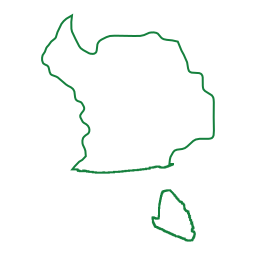 outline of Villa Hermosa, La Romana, Dominican Republic
{"feature_id": "3306468B24610118168871", "entity_name": "Villa Hermosa", "entity_type": "district", "adm_level": 2, "iso_a3": "DOM", "parent_name": "Dominican Republic", "parent_adm1": "La Romana", "projection": "orthographic", "projection_center": [-69.03, 18.426], "detail": "fine", "context": "isolated", "style": "outline", "palette": "green", "viewbox_px": 256, "rotation_deg": 0, "n_neighbors": 0, "source": "geoboundaries", "source_scale": "gbopen_adm2", "svg_char_len": 5877}
<svg xmlns="http://www.w3.org/2000/svg" viewBox="0 0 256 256"><path d="M72.0,15.4L66.4,18.7L63.6,21.2L61.4,24.0L57.5,32.1L55.8,37.5L54.9,38.6L51.2,41.6L48.5,45.3L47.1,46.8L46.3,48.0L44.9,51.8L42.6,55.3L42.1,57.7L42.1,60.3L42.9,62.7L43.3,63.4L44.6,64.3L47.3,65.6L48.3,66.7L48.8,68.1L49.7,72.1L50.7,74.2L51.9,75.0L56.2,76.6L57.7,77.4L65.9,84.4L68.0,85.8L70.9,87.3L72.8,88.8L73.7,90.1L74.4,91.6L75.1,97.4L75.8,99.5L77.4,100.9L80.0,101.8L81.2,102.4L82.1,103.5L83.8,106.6L84.2,108.0L84.1,109.4L83.4,110.8L81.5,113.2L80.3,115.2L80.2,116.0L80.4,117.4L82.7,121.8L83.8,122.8L86.3,124.3L88.0,125.9L89.1,128.0L89.4,129.7L89.3,131.3L88.8,132.7L87.9,133.8L85.5,135.4L83.9,136.9L83.0,138.2L82.4,140.7L82.5,143.3L82.9,144.9L84.6,148.5L85.4,150.9L85.8,156.2L82.3,159.9L79.2,161.7L74.6,166.5L72.3,169.4L77.4,169.4L77.4,169.8L77.8,169.8L77.8,170.5L78.1,170.5L78.1,170.9L78.5,170.9L78.5,170.5L79.1,170.5L79.1,170.9L79.8,170.9L79.8,171.2L83.9,171.2L83.6,170.5L84.6,170.5L84.6,170.9L86.0,170.9L86.0,171.2L87.0,171.2L87.0,171.6L88.3,171.6L88.3,171.2L88.7,171.2L89.0,171.9L92.8,171.9L92.8,172.3L95.9,172.3L95.9,172.7L103.4,172.7L103.4,172.3L104.1,172.3L104.1,172.7L108.8,172.7L108.8,172.3L114.0,172.3L114.0,171.9L119.1,171.9L119.1,171.6L122.5,171.6L122.5,171.2L125.5,171.2L125.5,170.9L129.0,170.9L129.0,170.5L133.4,170.5L133.4,170.1L137.8,170.1L137.8,169.8L140.6,169.8L140.6,169.4L143.3,169.4L143.3,169.1L146.0,169.1L146.0,168.7L149.4,168.7L149.4,168.3L149.8,168.3L149.8,167.6L152.9,167.6L152.9,167.3L154.6,167.3L154.6,166.9L156.3,166.9L156.3,166.5L159.0,166.5L159.0,166.9L160.0,166.9L160.0,167.3L161.4,167.3L161.4,167.6L164.5,167.6L164.5,167.3L165.5,167.3L165.5,166.9L166.8,166.9L166.8,166.5L167.9,166.5L167.9,166.2L168.6,166.2L168.6,165.8L169.6,165.8L169.6,165.5L170.3,165.5L170.3,165.1L171.3,165.1L171.3,164.8L172.0,164.8L172.0,164.4L173.0,164.4L173.0,164.0L169.4,164.0L169.9,159.5L170.5,157.0L173.1,152.3L174.6,150.6L176.9,149.7L182.2,149.0L184.9,148.1L187.3,146.4L193.2,141.0L195.8,139.5L199.6,138.8L208.4,138.8L210.1,138.6L211.8,138.1L213.0,136.8L213.6,135.2L213.9,130.6L213.7,117.3L213.8,102.1L213.6,99.2L213.2,97.4L211.9,95.4L205.1,91.1L203.5,89.4L203.0,87.7L202.8,85.9L202.7,77.3L202.3,75.6L201.4,74.2L200.7,73.7L199.2,73.1L191.6,72.6L190.1,72.0L188.9,70.9L188.1,68.5L187.1,62.3L183.8,54.8L181.5,50.6L177.8,41.6L172.3,40.4L166.6,39.8L163.8,39.2L162.3,38.5L161.1,37.5L157.9,33.7L156.4,32.9L153.8,32.4L151.0,32.5L149.2,32.8L144.0,35.1L140.3,35.9L134.4,36.0L114.7,35.7L109.9,36.0L106.5,37.1L101.5,39.6L99.5,41.0L98.1,42.8L97.4,44.4L96.7,50.5L96.2,52.1L95.7,52.7L94.4,53.6L92.9,53.9L90.4,53.7L88.9,53.2L83.3,50.1L80.7,48.2L79.2,46.2L75.5,39.0L72.0,31.6L71.4,28.8L71.3,22.0L72.0,15.4ZM170.3,190.3L167.2,190.3L167.2,190.6L165.5,190.6L165.5,191.0L164.1,191.0L164.1,191.4L162.8,191.4L162.8,192.1L162.4,192.1L162.4,192.8L162.1,192.8L162.1,193.5L161.7,193.5L161.7,194.6L161.4,194.6L161.4,196.0L161.0,196.0L161.0,197.5L160.7,197.5L160.7,198.9L160.4,198.9L160.4,200.7L160.0,200.7L160.0,202.5L159.7,202.5L159.7,204.3L159.3,204.3L159.3,207.9L159.0,207.9L159.0,216.2L158.7,216.2L158.7,218.3L157.6,218.3L157.6,218.7L155.9,218.7L155.9,218.3L155.2,218.3L155.2,218.0L154.2,218.0L154.2,217.6L153.5,217.6L153.5,217.3L152.9,217.3L152.9,217.6L152.5,217.6L152.5,218.7L152.9,218.7L152.9,221.9L153.2,221.9L153.2,222.7L153.5,222.7L153.5,223.4L153.9,223.4L153.9,224.1L154.2,224.1L154.2,224.8L154.6,224.8L154.6,225.5L154.9,225.5L154.9,226.3L155.2,226.3L155.2,226.6L155.9,226.6L155.9,227.0L157.0,227.0L157.0,227.3L157.6,227.3L157.6,227.7L158.3,227.7L158.3,228.1L159.0,228.1L159.0,228.4L160.0,228.4L160.0,228.8L160.7,228.8L160.7,229.1L162.1,229.1L162.1,229.5L162.8,229.5L163.1,230.2L163.8,230.2L163.8,230.6L164.1,230.6L164.1,230.9L164.8,230.9L164.8,231.3L165.8,231.3L165.8,231.7L166.9,231.7L166.9,232.0L167.5,232.0L167.5,232.4L168.6,232.4L168.6,232.7L169.2,232.7L169.2,233.1L169.9,233.1L169.9,233.4L170.6,233.4L170.6,233.8L171.6,233.8L171.6,234.2L172.3,234.2L172.3,234.5L173.0,234.5L173.0,234.9L173.7,234.9L173.7,235.2L174.7,235.2L174.7,235.6L175.4,235.6L175.7,236.3L178.1,236.3L178.1,236.7L179.1,236.7L179.1,237.0L179.8,237.0L179.8,237.4L180.9,237.4L180.9,237.8L181.5,237.8L181.5,238.1L182.6,238.1L182.6,238.5L183.2,238.5L183.2,238.8L184.3,238.8L184.3,238.5L184.6,238.5L184.6,239.2L185.0,239.2L185.3,239.9L186.3,239.9L186.3,240.3L187.7,240.3L187.7,240.6L190.1,240.6L190.1,240.3L192.1,240.3L192.1,239.9L192.5,239.9L192.5,239.2L193.1,238.8L193.1,238.1L193.5,238.1L193.5,237.4L193.8,237.4L193.8,236.7L194.2,236.7L194.2,235.6L194.5,235.6L194.5,234.2L194.8,234.2L194.8,233.1L194.2,232.7L194.2,232.0L193.8,232.0L193.8,231.6L193.1,231.6L193.1,231.3L192.1,231.3L192.1,230.9L191.8,230.9L191.8,229.8L192.1,229.8L192.1,229.1L192.5,229.1L192.5,228.4L193.1,228.4L193.1,228.1L193.5,228.1L193.5,227.7L193.1,227.7L193.1,227.0L192.8,227.0L192.8,226.2L192.5,226.2L192.5,224.5L192.1,224.5L192.1,223.7L191.8,223.7L191.8,223.4L191.4,223.4L191.8,222.7L191.4,222.7L191.4,221.6L191.1,221.6L191.1,220.1L190.4,220.1L190.4,219.8L190.1,219.8L190.1,217.6L189.7,217.6L189.7,216.9L189.4,216.9L189.7,216.2L189.4,216.2L189.4,215.5L189.0,215.5L189.0,214.0L188.7,214.0L188.7,213.3L188.4,213.3L188.4,212.9L188.0,212.9L188.0,212.2L188.4,212.2L188.4,211.5L187.3,211.5L187.3,211.1L186.7,211.1L186.7,210.8L186.0,210.8L186.0,210.4L185.6,210.4L185.3,209.7L184.9,209.7L184.9,208.6L184.3,208.6L184.3,205.4L183.9,205.4L183.9,204.3L183.2,204.0L183.2,203.6L182.2,203.6L182.2,203.2L181.9,203.2L181.9,202.2L181.2,202.2L181.2,201.8L180.2,201.8L180.2,201.4L179.5,201.4L179.1,200.7L178.5,200.4L178.5,199.6L178.1,199.6L177.8,198.9L177.4,198.9L177.4,198.6L177.1,198.6L176.8,197.8L176.4,197.8L176.4,197.1L175.7,196.8L175.7,196.4L175.4,196.4L175.0,195.7L174.7,195.7L174.7,195.0L174.4,195.0L174.4,194.6L173.7,194.2L173.3,193.5L173.0,193.5L172.7,192.8L172.0,192.4L172.0,192.1L171.3,191.7L170.9,191.0L170.6,191.0L170.3,190.3Z" fill="none" stroke="#15803d" stroke-width="2"/></svg>